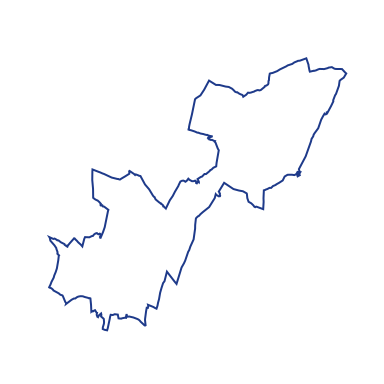 outline of Songdalen nor, Vest-Agder, Norway, rotated 279°
{"feature_id": "86288312B8031937761256", "entity_name": "Songdalen nor", "entity_type": "district", "adm_level": 2, "iso_a3": "NOR", "parent_name": "Norway", "parent_adm1": "Vest-Agder", "projection": "robinson", "projection_center": [7.708, 58.239], "detail": "fine", "context": "isolated", "style": "outline", "palette": "blue", "viewbox_px": 384, "rotation_deg": 279, "n_neighbors": 0, "source": "geoboundaries", "source_scale": "gbopen_adm2", "svg_char_len": 5927}
<svg xmlns="http://www.w3.org/2000/svg" viewBox="0 0 384 384"><g transform="rotate(279 192 192)"><path d="M304.7,191.4L294.9,188.0L288.7,185.2L285.3,181.4L284.1,180.5L268.7,179.8L258.6,179.0L255.9,178.9L253.8,179.1L253.7,178.8L253.1,178.8L252.9,179.8L252.8,181.5L252.2,185.2L251.8,186.7L251.5,187.7L251.5,188.7L251.6,188.9L251.1,191.2L251.0,194.4L250.8,195.3L250.6,197.4L250.8,198.0L250.5,199.1L250.3,199.5L250.3,199.9L250.1,202.3L250.3,203.6L248.7,201.1L248.1,199.2L248.2,198.6L247.7,199.5L247.7,199.8L247.4,199.9L247.5,200.2L247.1,200.3L246.6,200.8L246.6,201.8L246.4,202.2L246.4,202.6L246.6,203.6L245.9,206.1L245.9,206.7L245.2,206.5L244.6,207.4L238.9,210.7L237.4,211.9L224.8,211.7L221.1,211.9L219.3,209.3L217.1,207.7L216.7,206.9L216.1,206.4L215.5,206.2L212.1,203.2L211.9,203.0L211.7,201.5L208.8,199.5L208.2,198.3L205.7,195.5L202.9,197.3L202.7,197.3L203.4,196.3L201.3,195.4L201.5,194.7L202.6,194.5L203.2,194.0L203.7,193.8L203.7,193.2L203.1,192.4L202.8,191.1L202.7,190.2L203.8,187.2L204.2,186.9L204.6,186.3L202.5,185.2L201.7,184.6L201.1,183.8L201.5,183.4L201.9,181.7L201.5,180.3L200.5,178.9L197.0,177.8L195.9,177.6L189.6,175.1L185.0,173.6L180.4,171.4L171.7,168.8L172.2,168.3L172.3,167.5L173.5,166.2L173.4,165.8L174.4,165.4L175.5,163.6L175.8,163.2L175.6,163.0L176.3,162.0L176.5,161.4L179.0,157.2L181.1,155.8L181.1,155.5L182.2,154.1L188.0,149.2L192.1,144.4L199.7,138.6L199.8,136.9L200.0,136.5L200.5,134.2L200.3,133.6L200.4,133.4L199.9,133.1L200.7,132.0L202.4,128.4L202.5,128.2L202.4,127.9L202.6,127.7L202.4,127.4L203.0,127.0L203.3,126.1L202.8,126.8L200.2,127.2L196.7,123.2L195.4,121.6L193.8,119.7L193.1,119.0L193.0,118.2L193.3,117.3L193.2,116.1L193.7,110.4L196.1,102.1L196.3,100.8L197.0,98.2L197.3,96.6L198.7,90.2L196.6,90.4L188.3,91.6L179.5,93.8L170.8,95.3L169.7,97.2L169.0,99.1L168.9,100.0L167.6,102.0L166.2,103.7L165.9,103.5L164.7,103.8L164.7,104.2L164.4,104.4L164.5,104.7L164.8,104.8L164.9,105.5L163.8,106.2L163.8,107.5L161.3,112.2L160.0,112.0L143.6,111.3L138.5,110.4L131.7,108.7L132.7,108.5L133.2,108.1L134.9,108.6L136.2,107.9L136.4,107.6L136.4,107.3L136.1,107.1L135.9,106.6L135.7,106.5L135.6,106.1L135.9,105.6L136.0,105.1L136.4,104.8L136.5,104.4L135.9,103.1L134.6,101.8L133.1,101.0L132.8,100.0L131.2,97.7L130.7,93.4L128.7,92.9L121.1,92.2L122.7,90.3L124.4,87.6L126.0,85.7L126.8,84.4L127.2,84.1L127.3,83.7L127.7,83.4L127.7,83.0L127.8,82.8L122.0,79.1L119.5,77.7L118.5,77.5L118.7,76.9L119.4,76.7L119.1,76.1L119.9,74.5L120.6,74.2L121.8,70.4L123.2,67.9L123.4,66.8L123.2,66.5L124.0,65.0L124.5,63.5L124.0,62.6L124.0,62.2L125.1,58.2L124.5,58.7L121.8,59.7L117.8,64.5L115.4,66.7L114.5,67.0L111.6,68.6L110.0,68.7L109.9,69.1L109.4,69.4L108.6,70.6L108.2,70.4L103.5,70.6L95.4,70.5L91.6,69.9L87.9,69.0L85.8,68.8L81.3,67.3L78.4,66.7L75.5,65.8L75.3,66.1L74.9,68.2L73.7,70.1L73.1,70.5L71.0,76.4L70.4,77.2L69.9,78.2L69.6,80.2L68.9,80.8L63.5,84.1L62.6,85.2L61.7,85.1L66.8,90.0L68.3,92.0L68.6,93.4L70.0,94.7L70.7,95.7L71.2,96.8L71.7,98.4L71.9,100.5L71.5,102.6L71.2,105.8L70.9,106.8L71.2,107.6L71.0,108.3L64.9,109.9L58.1,111.3L58.5,111.6L58.7,112.1L58.4,112.2L58.8,113.2L59.6,113.9L60.1,114.7L57.7,116.8L57.7,117.1L56.3,117.0L55.3,117.3L54.0,118.1L54.1,118.4L53.8,118.8L55.8,119.5L57.8,121.2L56.6,121.7L54.8,121.7L53.0,124.6L52.6,124.8L49.7,125.5L48.1,125.6L44.3,125.1L42.7,125.3L42.2,127.3L42.1,129.8L44.3,130.1L54.0,130.6L55.7,130.6L58.0,130.9L58.1,133.0L59.2,134.8L59.3,137.9L55.7,139.2L55.7,140.3L55.9,142.1L56.3,142.6L57.3,145.3L57.4,146.5L58.5,146.3L61.2,146.5L58.6,147.4L59.2,149.4L58.9,153.7L58.0,158.0L57.6,159.2L56.9,160.4L55.9,161.5L52.8,166.1L52.8,166.6L53.1,167.0L58.3,165.6L59.6,165.5L67.2,165.3L70.6,165.4L70.6,166.5L72.4,166.7L73.7,166.2L72.4,171.8L71.6,173.8L71.2,175.2L74.3,175.7L77.3,175.8L81.0,176.2L87.5,176.3L92.5,176.9L97.5,177.7L99.6,178.8L109.4,179.7L100.9,188.7L98.8,191.1L115.8,193.5L120.3,195.2L123.1,196.0L132.4,197.6L134.1,198.3L137.8,198.9L145.4,201.0L156.3,200.8L159.9,200.3L166.4,200.0L167.3,200.4L169.2,202.0L169.5,202.6L171.4,203.8L173.8,205.8L179.8,211.3L189.5,215.4L193.6,215.8L192.8,216.7L192.5,217.7L192.0,218.8L191.9,219.3L192.2,219.7L192.3,220.3L192.7,220.4L193.8,219.9L194.9,219.8L195.3,219.3L195.9,219.1L196.6,218.4L206.1,222.3L201.4,232.5L200.8,238.1L200.7,242.2L199.2,246.2L198.7,246.5L194.6,247.6L191.2,249.4L190.1,252.3L188.5,254.6L187.2,255.9L186.9,256.8L187.5,257.5L187.6,257.9L186.2,265.0L193.4,264.3L197.0,263.6L204.9,262.7L205.4,263.8L205.9,264.4L206.7,265.9L208.2,267.9L208.5,269.6L210.5,271.0L212.1,273.6L212.6,273.9L214.8,276.7L217.6,279.8L221.8,281.1L223.9,283.6L224.3,285.4L224.7,288.1L224.7,290.2L224.8,290.7L225.7,291.7L226.3,292.7L224.0,293.9L225.5,295.8L225.8,295.6L226.7,294.1L226.5,293.8L227.4,293.6L227.5,292.8L228.4,293.1L228.4,293.5L227.6,294.2L227.1,295.1L226.8,295.2L228.6,295.9L228.6,295.6L229.4,294.9L231.3,294.0L245.0,298.7L260.5,301.6L263.2,301.8L265.9,303.0L267.7,303.2L269.3,303.9L274.7,306.7L283.7,308.3L287.2,309.5L290.0,310.6L289.5,311.2L289.5,311.7L289.6,312.0L290.1,312.5L291.8,312.6L292.0,313.0L291.5,313.4L298.6,315.9L303.6,317.4L304.7,317.1L309.9,318.2L311.4,318.9L319.9,320.5L324.8,320.4L325.9,321.1L328.7,324.0L333.2,325.8L333.9,324.7L336.9,320.9L336.0,314.6L336.1,313.3L337.2,310.6L336.2,307.4L335.6,306.7L334.1,303.3L333.5,298.7L332.7,297.2L331.5,295.4L330.7,293.5L330.8,293.3L329.3,289.6L330.2,289.1L334.8,287.4L335.8,287.2L341.9,284.0L338.6,278.0L338.1,276.1L337.7,275.6L336.0,272.8L334.2,271.0L332.0,266.7L330.9,265.5L326.8,259.6L324.7,257.2L322.2,253.0L321.5,251.0L321.1,250.3L317.2,250.2L314.4,250.5L313.6,250.2L311.3,250.5L310.2,250.3L308.7,248.8L308.3,247.7L307.7,247.3L307.2,247.3L303.5,244.0L302.9,242.8L303.0,241.3L302.8,240.5L301.6,238.4L300.9,237.6L300.1,235.9L299.4,234.6L298.9,233.1L298.9,231.8L296.5,230.3L294.1,227.7L295.5,226.9L295.8,226.3L296.1,224.7L296.6,223.1L297.6,221.1L297.4,220.5L297.7,219.0L299.3,216.9L300.3,215.4L301.5,211.9L301.4,208.7L302.0,202.4L301.5,198.9L304.7,191.4Z" fill="none" stroke="#1e3a8a" stroke-width="2"/></g></svg>